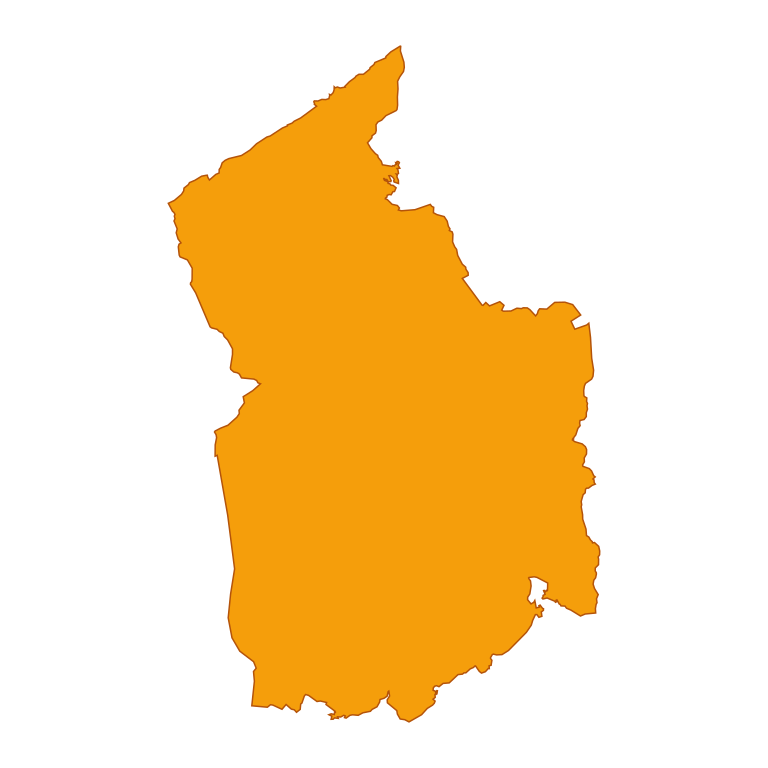 Drajna, Prahova, Romania (orthographic projection)
{"feature_id": "2599482B74939876983586", "entity_name": "Drajna", "entity_type": "district", "adm_level": 2, "iso_a3": "ROU", "parent_name": "Romania", "parent_adm1": "Prahova", "projection": "orthographic", "projection_center": [26.088, 45.26], "detail": "fine", "context": "isolated", "style": "filled", "palette": "amber", "viewbox_px": 768, "rotation_deg": 0, "n_neighbors": 0, "source": "geoboundaries", "source_scale": "gbopen_adm2", "svg_char_len": 6096}
<svg xmlns="http://www.w3.org/2000/svg" viewBox="0 0 768 768"><path d="M400.2,719.0L404.8,719.7L409.0,721.9L421.6,714.7L427.3,708.4L432.6,705.1L434.3,703.2L435.1,701.1L433.0,699.2L435.2,697.4L435.0,694.4L436.9,693.9L437.4,690.7L436.8,690.6L436.2,691.7L436.2,693.4L435.7,692.8L435.6,691.3L433.1,690.3L433.3,687.9L434.7,686.2L436.6,685.7L439.0,686.7L443.1,683.4L449.2,682.9L458.0,674.6L462.5,674.1L463.9,672.9L465.9,672.8L470.2,668.9L473.4,667.5L475.1,665.9L475.6,666.0L479.3,671.4L481.5,673.1L485.4,671.7L488.3,668.5L489.3,668.6L489.1,665.8L491.1,665.3L491.9,660.3L490.5,658.4L490.6,657.5L492.3,654.6L493.3,654.1L496.5,654.9L502.0,654.6L508.5,650.5L526.4,632.3L531.3,625.1L532.7,620.4L535.4,614.6L536.9,614.6L538.9,617.3L541.9,616.3L541.3,611.9L543.4,610.4L543.5,608.7L542.6,608.4L540.1,605.1L538.9,605.7L539.4,607.1L536.2,607.9L534.8,600.5L533.7,602.4L531.0,603.9L527.6,599.7L527.7,597.1L529.8,594.0L531.1,586.0L530.5,580.9L529.0,578.9L528.6,577.9L528.9,577.5L534.2,576.8L537.0,577.4L547.7,583.0L547.5,590.3L546.9,590.9L546.3,590.4L545.4,591.7L544.2,590.4L543.6,590.6L545.1,594.3L543.1,595.4L543.1,596.7L542.1,598.1L542.9,599.0L547.1,598.0L554.7,601.2L555.5,602.3L556.9,601.6L556.1,600.3L556.9,599.9L559.3,604.1L560.1,604.3L561.0,605.9L565.0,606.1L566.5,608.2L570.9,610.1L580.5,616.0L585.2,614.0L595.7,613.0L595.4,608.7L596.1,604.4L597.0,602.7L596.5,598.8L598.2,594.6L594.5,588.5L593.1,584.1L593.8,580.2L595.6,577.8L596.4,574.1L596.3,572.7L595.2,570.9L595.3,567.9L598.5,564.7L598.6,559.1L598.1,557.0L599.6,554.8L599.7,551.0L598.7,546.4L594.5,542.5L592.5,542.9L592.2,541.6L590.5,540.0L588.8,537.0L586.5,535.6L586.0,529.1L582.7,519.2L582.6,514.7L581.2,506.8L581.7,504.8L581.2,501.5L583.1,494.7L585.2,492.8L585.5,489.3L586.5,488.2L588.5,488.1L592.1,485.4L595.3,484.1L594.2,482.6L594.0,479.9L592.9,479.0L595.2,476.9L593.7,475.7L591.6,471.0L589.3,468.6L582.9,466.3L582.6,464.9L584.4,461.8L584.2,458.0L586.5,454.0L586.6,449.6L585.4,446.7L582.2,443.9L574.8,441.7L572.5,440.0L573.5,439.1L572.8,438.8L575.8,434.9L577.9,428.4L580.1,425.7L579.6,423.0L580.0,420.5L584.1,419.5L586.3,416.6L586.3,412.7L587.5,409.1L587.0,405.7L587.5,403.5L586.6,401.5L586.8,397.9L584.4,396.5L583.9,395.5L583.7,390.5L584.4,386.0L585.5,383.4L591.6,379.1L593.0,376.3L593.6,370.2L591.7,358.3L590.5,337.4L588.8,323.2L586.7,325.0L574.8,329.2L571.0,321.2L580.7,315.0L572.7,304.6L564.9,302.2L554.7,302.4L546.8,309.1L539.6,308.8L538.2,310.8L537.4,313.6L535.6,315.9L529.9,309.7L527.3,307.9L523.2,307.8L521.5,308.6L516.9,308.2L511.0,311.0L503.4,311.2L501.7,310.2L504.0,305.3L499.8,301.7L489.5,305.9L485.8,302.5L483.0,305.4L482.0,305.1L462.3,278.4L468.2,275.3L468.1,272.6L465.9,269.2L465.7,267.2L462.3,264.2L457.7,255.4L456.6,249.4L454.7,246.8L452.6,241.9L452.9,234.2L452.2,231.9L449.3,230.5L450.0,228.9L448.4,226.4L447.2,221.2L444.2,216.6L436.9,214.6L433.4,212.7L433.7,207.3L431.7,206.3L430.3,204.4L415.0,209.7L401.4,210.8L398.4,210.0L399.4,208.0L397.4,205.5L392.1,204.3L387.3,199.6L385.3,198.8L385.5,198.0L386.9,197.1L387.2,195.3L389.2,194.5L391.1,194.8L392.9,191.7L394.5,191.5L396.1,187.8L393.2,185.4L390.8,185.1L389.9,183.8L388.1,183.4L387.7,181.6L384.5,180.4L383.5,178.1L385.3,179.5L386.9,179.5L388.3,181.8L390.8,181.6L391.2,180.8L388.9,175.7L390.5,175.6L392.7,177.1L394.3,179.5L393.7,180.9L394.1,182.0L398.5,183.5L398.4,180.3L396.9,176.9L397.2,175.3L396.3,174.1L397.4,174.3L398.5,173.4L397.9,169.7L397.0,168.5L399.8,168.2L398.1,165.2L399.4,162.7L398.6,161.7L397.2,161.4L396.7,162.1L397.0,163.1L395.7,162.7L396.3,164.4L395.4,164.5L394.4,166.0L392.9,165.6L392.1,166.4L382.4,164.8L381.3,161.3L378.2,157.5L377.7,155.3L375.3,153.6L370.9,148.6L367.5,142.8L371.9,137.8L372.0,135.8L375.5,133.1L376.2,130.6L376.0,124.7L377.9,122.0L381.7,120.1L386.0,115.6L396.1,110.6L397.0,109.5L397.6,105.2L397.4,97.0L398.0,89.0L397.6,81.2L399.8,76.8L403.5,71.5L404.3,67.3L403.9,62.2L400.4,51.0L400.7,46.3L400.2,46.1L390.8,51.9L385.9,56.5L385.8,57.9L374.9,62.5L373.9,64.6L370.1,67.6L369.7,69.2L363.4,74.3L358.9,74.3L355.9,76.2L355.1,77.5L349.4,81.7L344.8,86.4L345.2,87.1L340.1,88.0L337.4,87.0L335.2,87.8L334.2,86.8L334.1,89.9L333.2,92.6L331.0,95.0L329.5,94.4L329.7,95.4L328.9,98.6L325.8,99.6L321.8,99.4L318.0,101.0L314.3,100.9L313.8,101.8L314.5,103.3L314.3,104.3L316.6,106.2L300.6,118.0L294.2,121.2L292.1,123.1L287.3,125.0L287.4,125.9L282.4,128.0L270.2,136.0L266.9,137.0L256.5,143.8L250.1,150.0L241.5,155.5L228.8,158.6L225.2,160.3L222.2,162.8L220.6,167.5L219.2,169.4L219.1,173.0L215.8,174.4L209.4,180.0L207.7,177.1L207.3,175.2L206.1,175.3L201.6,176.2L194.9,180.3L189.5,182.6L188.4,184.6L184.0,188.1L183.7,190.9L181.5,194.4L174.4,200.4L168.3,203.3L172.5,211.3L173.9,212.4L175.0,214.4L174.3,216.1L175.0,218.7L174.0,221.0L177.2,228.9L176.2,232.8L178.1,239.0L181.0,242.9L179.0,244.2L178.3,246.8L179.2,255.1L180.1,256.9L187.4,259.9L192.2,268.2L192.1,279.2L191.7,281.6L190.6,282.8L190.4,284.2L195.7,292.9L210.1,326.8L211.6,327.9L217.1,329.3L219.3,331.5L222.9,333.2L224.2,336.5L227.6,339.9L232.5,348.8L232.5,354.5L230.4,367.8L230.8,369.4L233.8,372.0L237.4,372.8L239.4,374.1L241.5,377.9L253.9,379.1L256.7,380.5L257.9,382.8L260.5,383.8L252.7,390.7L243.2,396.7L244.4,402.9L239.0,410.2L239.3,413.6L236.9,417.2L228.0,425.2L220.5,428.2L215.1,431.0L214.5,432.0L216.1,434.7L216.6,437.6L215.2,444.9L215.1,456.2L217.2,455.3L227.7,515.2L234.6,568.9L230.6,594.0L228.2,617.8L232.0,637.8L239.8,651.2L253.6,661.7L256.2,668.2L253.5,671.5L254.4,681.2L251.8,705.8L267.4,707.2L270.5,704.7L272.9,705.1L282.0,709.3L286.1,704.5L291.3,709.1L294.3,709.8L296.5,712.3L300.2,709.4L300.7,704.0L301.9,703.1L304.3,696.1L305.6,694.5L308.6,695.4L317.0,701.5L320.3,701.0L326.6,702.5L326.0,704.5L335.0,711.2L334.6,711.5L335.3,712.5L334.4,713.0L334.3,714.5L331.2,713.8L328.9,714.7L331.8,716.2L331.1,719.3L333.2,719.2L334.5,717.9L338.3,718.4L337.6,716.8L340.7,717.0L343.8,715.3L345.3,715.9L344.5,717.6L346.1,718.1L350.0,715.3L352.5,714.8L358.2,715.3L362.9,712.8L370.4,711.3L372.1,709.4L377.0,706.8L379.6,702.1L380.0,699.5L384.0,698.3L387.1,696.2L388.1,691.7L388.8,691.1L389.6,696.0L387.2,699.9L387.4,702.8L396.8,710.6L397.4,714.1L400.2,719.0Z" fill="#f59e0b" stroke="#b45309" stroke-width="1.5"/></svg>